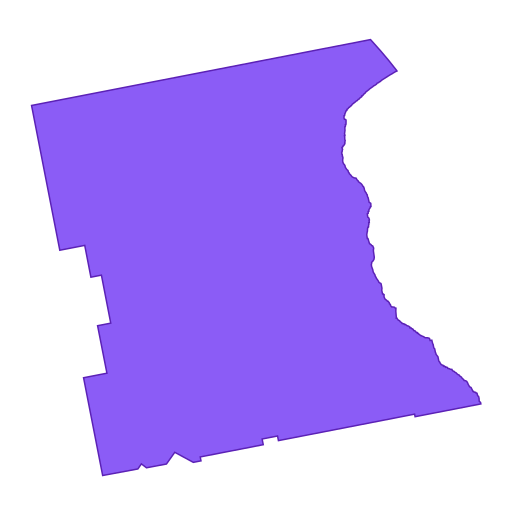 the district of 96, Ar Rayyān, Qatar, rotated 169°
{"feature_id": "91078587B9070844542382", "entity_name": "96", "entity_type": "district", "adm_level": 2, "iso_a3": "QAT", "parent_name": "Qatar", "parent_adm1": "Ar Rayyān", "projection": "robinson", "projection_center": [50.859, 24.856], "detail": "fine", "context": "isolated", "style": "filled", "palette": "violet", "viewbox_px": 512, "rotation_deg": 169, "n_neighbors": 0, "source": "geoboundaries", "source_scale": "gbopen_adm2", "svg_char_len": 5301}
<svg xmlns="http://www.w3.org/2000/svg" viewBox="0 0 512 512"><g transform="rotate(169 256 256)"><path d="M447.6,446.6L447.5,299.1L422.1,299.1L422.1,266.7L411.4,266.7L411.4,217.8L424.8,217.8L424.7,169.4L448.5,169.4L448.4,69.8L412.6,69.5L408.2,73.8L403.9,69.0L383.6,68.9L373.2,78.8L356.9,65.4L349.1,65.4L349.1,69.4L284.9,69.4L284.9,75.2L269.2,75.2L269.2,70.5L130.5,70.5L130.5,67.9L63.5,67.9L63.5,69.4L64.6,70.9L64.2,73.7L64.3,75.7L65.1,76.6L65.2,79.0L65.4,79.3L66.1,79.4L66.3,80.2L66.4,80.3L67.8,80.7L67.9,80.9L68.1,81.4L68.3,81.4L68.4,81.6L68.8,81.6L70.0,85.9L71.3,86.9L72.3,89.8L72.3,90.5L73.0,92.6L73.9,93.5L75.5,94.1L75.7,95.1L76.4,95.9L77.1,96.9L77.4,97.8L77.8,98.3L78.0,98.5L78.7,99.1L79.4,100.5L80.3,101.0L81.1,101.9L81.9,103.2L83.1,104.1L83.6,105.0L84.3,105.3L85.1,106.2L85.3,107.3L87.0,107.8L87.7,108.5L89.0,108.9L89.2,109.1L89.2,109.8L89.7,110.3L91.0,110.5L91.0,111.2L92.4,111.6L92.4,112.3L93.1,112.3L93.2,113.0L94.9,114.0L95.6,115.8L95.9,116.2L95.9,116.9L96.3,117.3L96.6,118.3L96.6,122.3L98.0,125.1L98.0,126.2L98.3,127.3L98.3,130.8L99.0,131.9L99.0,135.5L99.3,136.2L99.5,139.8L101.2,139.8L101.4,141.9L101.9,142.4L103.5,143.1L105.6,143.5L106.2,144.2L106.4,144.3L106.8,144.8L107.1,145.0L107.3,145.1L109.0,146.2L109.1,146.4L109.6,146.5L109.8,146.8L110.7,148.0L111.0,148.1L111.5,148.7L111.5,149.0L111.8,149.4L112.3,149.4L112.3,150.1L113.0,150.3L113.5,150.8L113.7,151.4L114.0,151.6L114.3,152.4L115.3,152.6L115.8,154.1L116.1,154.1L116.5,154.8L117.2,155.1L117.4,155.8L118.2,156.0L118.7,156.2L118.5,156.9L119.7,158.1L121.1,158.8L122.4,160.3L123.4,160.4L123.6,161.2L123.8,161.3L124.2,161.4L124.5,161.4L124.8,161.7L125.5,161.9L125.6,162.6L127.0,164.0L127.0,164.4L127.4,164.8L127.6,165.2L127.8,165.3L128.3,165.8L128.5,165.8L129.0,166.7L129.5,167.9L129.5,168.1L130.2,168.3L130.0,168.7L129.3,175.1L128.6,178.0L129.2,178.1L129.5,178.8L130.2,179.5L130.8,179.6L132.2,180.1L132.5,180.1L132.6,180.3L132.8,180.5L133.1,181.0L133.2,181.5L133.4,181.9L133.3,182.6L133.6,183.2L133.8,183.4L133.9,183.5L134.1,183.6L134.1,184.7L134.7,185.8L135.1,186.5L135.6,186.5L135.7,186.8L136.3,187.7L137.1,188.6L137.7,189.4L138.0,191.0L138.1,191.5L137.7,193.5L137.8,193.5L138.1,194.0L138.3,194.0L138.3,194.4L138.7,194.6L139.0,194.7L139.1,198.3L138.5,200.4L138.5,204.8L138.8,205.4L139.9,206.1L140.3,206.7L140.5,206.9L140.5,207.6L142.2,211.5L142.2,212.2L142.5,212.6L142.8,213.6L142.8,214.7L143.9,217.6L144.0,218.2L144.0,219.4L144.0,220.4L144.1,221.0L144.6,224.2L144.4,224.8L144.5,225.4L143.9,226.5L143.9,227.2L143.7,227.6L142.7,228.4L142.1,228.8L141.3,229.7L140.9,230.1L140.2,231.9L140.1,232.6L139.8,238.3L139.5,240.1L139.2,240.4L139.0,241.4L139.5,243.6L139.7,243.8L140.3,244.0L140.9,245.2L141.4,245.7L141.5,245.8L141.9,246.1L141.9,246.3L142.2,246.5L142.5,249.0L142.7,251.5L142.8,251.6L142.9,251.9L143.4,251.9L143.3,254.4L143.3,254.5L143.2,255.8L142.2,258.6L141.9,259.0L141.2,261.9L140.9,262.2L140.7,262.9L140.1,262.9L139.9,263.4L139.5,265.1L139.2,265.4L139.0,267.2L138.4,267.2L138.2,269.4L137.8,269.7L137.9,271.2L138.2,272.2L138.7,272.6L138.9,272.9L138.7,276.2L137.7,276.5L137.4,278.3L136.7,278.3L136.2,280.1L134.8,281.5L134.3,282.6L133.7,282.6L133.3,285.8L134.7,287.2L134.8,291.9L135.2,292.9L135.2,295.1L135.5,295.4L135.6,295.8L135.9,297.2L136.2,297.6L136.6,298.7L136.9,299.7L136.9,302.2L137.2,302.6L137.2,303.5L137.8,304.0L137.8,304.3L137.9,304.6L138.0,305.0L138.3,305.6L138.5,306.1L139.2,307.2L139.3,307.3L139.9,307.9L140.4,308.5L141.3,309.4L141.3,310.1L142.3,311.5L142.9,313.3L143.1,313.5L143.5,313.5L144.1,313.7L145.1,314.2L145.8,314.8L146.4,315.2L146.9,316.0L147.3,316.8L147.3,317.0L147.6,317.4L148.1,318.2L148.5,318.8L148.7,319.0L148.7,319.7L149.3,320.8L149.3,321.6L149.4,321.9L149.4,322.4L150.4,323.6L151.4,326.1L151.4,327.6L151.7,328.3L151.7,328.7L152.4,329.7L152.9,331.8L152.7,332.6L152.7,333.3L152.2,335.1L151.9,335.6L152.0,337.1L152.0,337.3L152.2,337.5L152.1,338.1L152.0,338.4L152.0,339.3L152.4,339.8L152.0,340.8L152.1,341.5L151.9,341.6L151.8,341.8L151.7,341.9L151.6,342.0L151.3,342.6L151.0,343.7L150.7,344.0L150.7,344.5L150.8,344.6L150.9,346.2L150.2,346.4L150.1,346.5L149.9,346.7L149.9,347.2L149.2,347.4L148.5,348.1L148.2,348.2L148.0,348.4L147.8,348.6L147.7,349.0L147.3,349.4L147.2,349.8L147.3,349.8L147.3,350.2L147.0,350.9L146.4,352.5L146.6,353.2L146.5,354.3L146.3,355.2L146.2,357.2L145.7,357.2L145.6,357.9L145.8,358.7L145.7,359.1L145.7,359.4L145.5,359.9L145.4,360.1L145.1,361.1L144.7,362.2L144.2,365.8L143.8,365.8L143.4,366.5L143.2,367.9L142.7,367.9L142.7,368.0L142.4,368.7L141.8,371.6L141.7,372.2L141.9,372.8L142.3,373.1L143.1,373.3L143.3,374.7L142.8,376.9L142.3,376.9L141.9,377.6L141.7,378.7L141.0,379.4L140.1,381.2L139.5,381.3L138.8,381.9L138.8,382.6L138.1,382.8L137.1,383.5L136.4,384.2L135.8,384.2L134.4,385.3L133.8,385.3L132.4,386.7L130.7,387.4L130.4,387.8L129.4,388.1L127.7,389.2L127.0,389.2L125.7,390.3L125.0,390.3L123.7,391.4L122.7,391.7L122.3,392.1L121.7,392.3L121.7,393.0L120.6,393.2L119.3,394.2L119.0,394.6L118.0,394.9L117.0,396.0L115.9,396.4L115.6,396.7L113.3,397.8L112.9,398.2L108.9,400.0L107.9,400.7L107.2,400.7L104.9,401.7L104.2,402.5L102.5,402.8L101.5,403.5L100.8,403.5L99.1,404.6L98.5,404.8L98.1,405.0L92.0,407.4L89.4,408.4L87.7,408.9L86.0,409.6L84.0,410.3L82.3,410.7L82.4,411.0L88.3,422.4L94.6,433.7L95.8,435.7L102.3,446.6L447.6,446.6Z" fill="#8b5cf6" stroke="#5b21b6" stroke-width="1.5"/></g></svg>